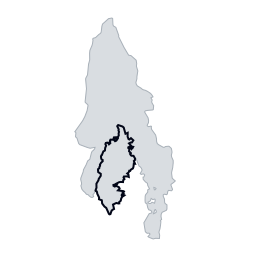 Jalal-Abad highlighted on a map of Kyrgyzstan, rotated 276°
{"feature_id": "KGZ-1120", "entity_name": "Jalal-Abad", "entity_type": "Region", "adm_level": 1, "iso_a3": "KGZ", "parent_name": "Kyrgyzstan", "parent_adm1": "", "projection": "albers", "projection_center": [73.017, 41.512], "detail": "medium", "context": "in_parent", "style": "outline", "palette": "ink", "viewbox_px": 256, "rotation_deg": 276, "n_neighbors": 0, "source": "natural_earth", "source_scale": "10m", "svg_char_len": 5288}
<svg xmlns="http://www.w3.org/2000/svg" viewBox="0 0 256 256"><g transform="rotate(276 128 128)"><path d="M55.2,153.3L55.8,152.9L57.9,152.5L62.1,152.2L63.5,152.5L66.3,154.3L68.5,154.1L68.9,154.4L69.7,155.8L72.8,153.7L75.0,153.1L76.2,151.0L78.5,148.5L80.6,148.1L80.6,148.5L81.0,148.9L83.0,149.5L83.7,148.8L84.0,147.9L83.3,146.4L83.3,145.8L83.9,144.9L87.2,146.3L87.9,146.3L89.4,145.5L90.8,144.1L91.3,143.0L98.0,139.5L98.5,138.9L98.4,138.4L95.6,137.6L94.3,138.1L93.1,138.1L92.4,137.5L89.0,137.3L88.3,137.0L86.1,134.4L83.3,132.8L81.9,132.9L80.3,133.5L79.8,133.2L79.7,130.8L79.4,129.3L78.4,129.0L77.2,129.6L73.8,128.7L73.4,125.7L72.2,123.0L70.4,121.9L70.4,120.3L69.8,119.6L69.2,119.8L68.5,120.6L68.8,122.4L68.5,124.2L68.1,125.0L67.3,125.7L66.4,125.7L64.9,124.8L64.6,130.1L64.3,130.4L62.4,129.6L60.9,129.9L58.7,129.6L57.1,128.6L53.9,127.6L52.4,126.5L51.5,122.9L50.7,121.6L49.8,121.3L46.4,122.5L42.9,120.2L41.2,119.7L40.8,119.0L40.9,118.2L46.3,114.3L48.5,111.6L49.8,110.5L53.2,109.4L54.0,106.9L54.3,106.6L57.7,105.4L61.6,103.3L61.7,102.7L61.3,102.2L57.9,100.1L56.2,101.0L55.2,99.8L55.2,98.5L56.4,96.5L57.4,95.5L57.8,93.5L59.2,92.2L60.7,90.1L62.4,88.5L65.6,87.2L67.4,87.7L69.0,87.4L71.6,86.4L73.2,86.3L79.8,88.0L81.9,88.1L87.0,90.2L91.0,91.3L93.0,93.3L99.4,94.2L101.2,94.8L101.9,95.7L103.7,97.0L105.3,97.2L103.9,92.4L104.4,89.6L106.4,81.8L107.4,80.6L112.6,78.3L113.8,76.7L117.6,76.7L118.3,76.4L118.7,75.5L130.4,82.1L134.9,83.9L141.0,85.5L146.1,85.9L147.0,85.5L149.0,82.8L149.9,82.6L162.7,82.6L171.8,80.8L173.1,80.8L176.6,82.2L187.4,82.1L191.7,82.8L198.4,82.0L201.2,82.0L206.4,83.6L208.2,83.9L211.6,84.0L212.8,83.6L213.6,84.0L214.5,86.3L217.9,89.2L219.2,90.7L220.4,91.3L226.4,91.4L228.7,91.8L234.7,97.2L235.7,100.5L235.2,101.3L229.3,102.2L228.0,102.8L226.8,105.4L219.1,109.1L217.9,109.1L207.6,115.7L200.5,121.0L200.3,123.4L196.3,129.0L193.1,129.9L190.3,129.9L185.8,131.8L179.9,131.5L177.9,131.7L174.1,131.1L172.5,131.6L170.9,132.8L168.8,137.1L168.0,138.2L167.6,139.2L167.3,141.3L166.5,143.5L164.7,146.9L163.1,148.5L161.6,149.6L160.4,147.6L158.4,149.1L156.5,148.8L155.4,149.3L152.8,151.2L148.9,151.2L148.5,150.6L147.6,145.8L146.9,143.5L146.3,143.0L145.6,142.9L140.2,146.9L137.6,147.7L135.5,147.8L132.7,146.8L132.1,147.0L131.7,147.7L131.5,148.5L132.3,150.6L132.1,151.1L130.9,151.1L129.1,151.6L123.9,156.2L120.5,157.4L117.4,157.9L115.5,158.8L114.5,160.4L112.5,165.1L112.6,166.1L113.5,167.3L114.1,170.1L114.0,170.9L112.3,173.2L110.2,173.9L108.5,174.3L105.2,174.0L103.6,174.5L100.5,176.3L98.0,176.6L93.2,176.6L88.5,176.0L87.0,176.2L82.8,177.2L81.4,178.8L80.6,180.3L80.2,180.5L78.6,179.1L76.5,176.7L75.4,176.8L71.7,178.7L71.1,178.6L70.1,177.8L70.2,174.8L69.1,174.2L66.5,174.0L65.7,173.3L66.0,171.3L65.7,170.6L65.1,170.0L63.7,170.2L61.1,171.7L57.9,172.2L56.9,172.7L55.6,174.8L51.4,175.2L50.1,174.7L47.7,170.7L45.6,170.0L43.4,170.1L40.4,171.0L39.7,170.1L39.0,169.9L38.3,170.5L34.6,170.5L30.9,170.3L28.8,169.8L27.5,169.7L24.7,170.7L21.4,170.8L21.2,167.1L20.3,164.6L21.4,160.5L22.1,159.2L24.5,160.9L25.4,160.6L25.6,159.8L25.3,158.0L26.6,156.1L35.4,153.7L45.0,158.0L46.1,160.6L47.0,160.5L48.4,159.4L48.8,157.2L50.7,156.0L54.9,154.6L55.2,153.3ZM59.9,162.4L60.1,162.0L59.4,160.1L60.4,158.4L58.5,158.0L57.5,157.5L56.4,155.7L56.1,155.6L55.5,156.0L55.1,157.2L55.4,158.5L56.7,159.7L56.0,162.3L58.9,162.6L59.9,162.4ZM49.8,163.9L49.7,163.4L49.1,163.1L45.4,162.3L45.6,162.8L46.9,164.7L48.0,164.9L49.8,163.9ZM71.4,161.1L71.6,159.9L69.4,160.6L69.2,161.2L69.9,161.9L70.8,162.2L71.4,161.1Z" fill="#d9dde1" stroke="#a8b0b8" stroke-width="1"/><path d="M55.9,106.5L59.4,104.3L61.0,103.9L61.8,103.4L62.0,102.4L62.5,102.2L65.3,102.9L69.3,102.4L73.0,104.1L74.3,104.2L77.6,105.9L79.6,105.7L81.0,103.0L83.3,102.5L84.1,102.6L84.9,103.6L86.5,103.7L87.5,104.2L88.6,103.9L90.7,104.9L92.3,106.3L93.6,106.1L93.9,105.1L94.7,104.6L96.6,104.1L97.9,104.3L98.2,104.8L102.1,105.9L103.2,107.4L105.9,107.4L108.1,108.1L109.6,107.2L110.8,107.5L111.3,108.9L110.5,110.3L109.8,110.8L111.1,112.0L111.8,111.7L111.8,111.0L113.0,111.7L113.7,111.4L114.6,111.8L114.8,114.5L117.2,115.0L117.7,118.1L116.4,117.8L116.2,116.4L115.6,115.9L114.3,115.7L113.5,116.5L114.2,117.7L116.8,119.1L118.1,118.9L119.6,119.6L121.7,119.2L123.2,119.5L124.5,118.8L125.7,118.9L128.7,117.1L129.9,117.9L128.9,122.4L128.0,123.7L122.0,126.1L123.2,128.2L119.4,128.5L117.0,129.7L116.7,130.6L118.2,132.0L116.3,134.6L114.0,133.4L113.8,132.1L112.8,130.6L109.9,133.8L109.8,135.1L108.3,134.5L108.1,133.9L107.4,133.6L109.5,131.3L108.8,130.3L108.0,130.5L107.9,131.5L104.9,131.5L103.5,133.4L103.0,133.5L102.4,132.8L101.2,133.7L100.8,134.3L100.9,136.4L98.4,138.2L96.8,138.2L95.8,137.3L93.2,138.7L93.2,137.5L89.9,137.5L88.3,137.1L86.8,135.1L85.6,134.7L85.6,133.7L83.9,133.3L82.7,132.0L81.8,133.3L79.4,133.9L79.8,132.3L79.3,129.0L78.3,128.7L76.8,129.8L75.7,128.7L73.7,128.7L73.6,126.5L73.2,124.9L71.3,122.0L70.8,122.7L70.3,122.1L69.8,122.7L70.2,120.9L69.9,119.5L69.0,119.6L68.4,120.9L69.2,122.5L68.1,125.3L66.9,126.0L64.9,124.6L64.7,130.3L64.3,130.7L62.9,129.5L62.0,130.7L61.3,129.0L60.6,128.7L60.2,128.9L60.1,130.8L59.0,129.4L57.1,128.6L54.9,128.4L53.3,126.9L52.1,127.2L51.9,126.4L52.2,124.2L50.3,121.1L46.0,122.6L45.0,121.1L44.0,120.3L40.5,119.5L40.2,118.6L40.6,118.0L46.3,114.7L47.4,112.8L50.2,110.2L53.4,109.5L54.1,106.6L55.9,106.5Z" fill="none" stroke="#020617" stroke-width="2"/></g></svg>